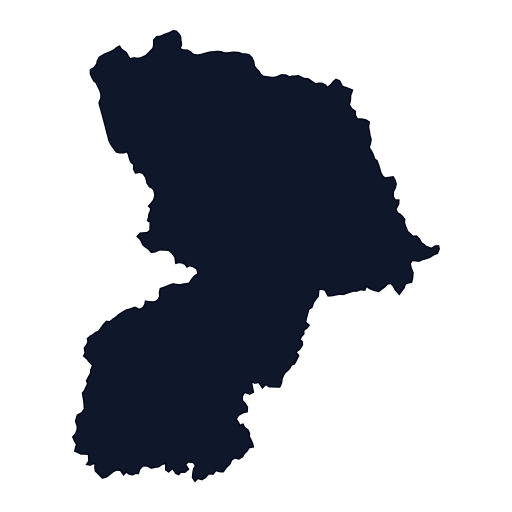 Ibiúna, São Paulo, Brazil
{"feature_id": "56859067B99377523473058", "entity_name": "Ibiúna", "entity_type": "district", "adm_level": 2, "iso_a3": "BRA", "parent_name": "Brazil", "parent_adm1": "São Paulo", "projection": "robinson", "projection_center": [-47.22, -23.81], "detail": "fine", "context": "isolated", "style": "filled", "palette": "ink", "viewbox_px": 512, "rotation_deg": 0, "n_neighbors": 0, "source": "geoboundaries", "source_scale": "gbopen_adm2", "svg_char_len": 5305}
<svg xmlns="http://www.w3.org/2000/svg" viewBox="0 0 512 512"><path d="M156.6,36.8L153.7,40.1L153.7,45.3L153.0,48.4L150.7,50.7L148.3,53.2L145.9,55.5L140.9,57.8L137.5,58.5L134.2,57.8L129.8,58.8L128.0,55.8L126.3,52.6L121.4,49.2L119.5,46.1L116.3,47.9L114.0,49.9L110.5,51.7L104.4,54.2L99.4,57.1L97.4,60.8L96.7,64.2L94.0,67.7L90.4,69.7L90.4,73.8L92.0,77.5L94.0,81.0L96.2,82.8L97.6,85.9L99.8,90.2L101.0,94.5L101.0,97.8L99.1,102.6L99.7,105.6L101.0,110.0L104.7,123.8L106.0,129.0L107.2,133.7L108.1,136.8L109.0,140.6L110.4,143.5L112.6,146.8L114.4,149.4L116.4,152.0L119.8,152.8L123.8,152.8L126.9,151.7L128.4,154.2L129.4,158.2L130.8,162.0L133.9,164.7L133.6,169.1L135.5,173.0L139.3,172.3L142.8,173.2L145.8,177.5L147.0,183.0L149.6,186.8L152.3,188.1L154.0,190.6L155.0,195.2L153.7,200.0L151.0,203.5L148.6,206.2L150.8,208.1L150.3,211.4L148.9,214.2L148.6,217.2L147.7,220.7L150.3,222.1L150.0,230.3L147.3,232.6L143.5,232.9L140.2,233.2L137.2,236.4L140.4,239.5L142.9,244.8L145.2,246.8L148.4,248.9L151.3,252.3L154.8,251.9L159.3,249.9L165.1,250.0L169.0,250.4L172.0,253.1L175.0,257.2L175.8,263.3L178.9,262.5L181.6,262.7L185.0,264.2L187.0,267.0L189.5,265.6L193.3,266.7L197.0,269.1L198.0,273.8L195.0,275.6L192.5,278.3L189.2,283.2L186.6,283.7L183.5,284.1L179.5,285.0L173.0,283.9L169.1,285.3L163.7,287.5L160.3,288.6L159.5,292.6L159.8,296.4L158.3,299.2L155.3,301.8L152.6,302.0L149.3,301.8L145.5,301.2L144.9,304.5L142.8,307.8L139.5,309.5L134.9,307.3L129.4,309.3L126.4,310.0L122.4,312.3L118.8,314.6L116.1,317.1L113.3,318.9L109.9,321.8L106.4,321.4L103.9,324.1L100.6,328.5L98.5,331.4L95.8,332.4L92.6,335.0L90.2,336.2L87.5,338.6L88.0,342.0L86.4,345.4L84.4,348.0L85.1,352.7L83.7,356.0L87.0,358.9L89.1,361.6L92.7,365.5L90.8,370.0L90.6,373.3L88.8,376.6L86.6,380.6L87.7,383.9L86.1,386.9L84.7,390.3L82.5,393.1L83.4,398.4L84.0,402.3L84.4,409.0L81.7,412.8L77.4,415.1L75.6,421.1L77.4,426.8L77.1,430.0L75.7,433.5L72.8,437.0L74.6,441.1L76.7,444.6L75.6,447.5L74.8,451.2L77.4,452.2L81.1,454.0L84.7,454.0L88.5,454.3L88.9,461.1L86.7,464.4L90.3,465.1L92.7,463.8L95.5,463.8L94.8,467.0L95.5,471.2L98.8,474.3L102.3,478.0L105.8,477.2L108.6,475.4L111.0,473.4L113.3,471.5L116.6,470.0L120.3,470.3L123.6,474.8L126.2,471.9L129.0,474.0L132.4,474.8L135.5,473.4L138.3,473.5L139.8,469.0L142.9,465.9L147.1,465.9L151.2,468.1L155.6,467.1L158.7,466.7L161.7,464.6L165.7,463.2L165.8,469.9L168.7,471.9L172.5,468.4L174.1,470.8L175.9,473.4L178.7,474.6L180.5,472.3L184.9,472.2L188.5,469.2L185.5,464.6L188.1,461.8L193.5,462.6L195.5,465.6L193.7,468.8L193.0,472.2L192.5,477.6L195.0,481.3L197.7,478.4L201.9,479.6L205.3,477.6L208.7,473.8L213.1,474.1L215.8,470.5L220.3,471.7L223.3,471.7L226.3,467.4L229.8,464.1L231.5,460.1L234.8,457.8L238.8,459.0L242.7,456.6L244.2,453.5L246.6,451.5L249.2,447.6L253.3,446.9L252.6,443.8L251.2,440.3L249.2,436.5L249.4,433.2L248.0,430.1L244.5,427.4L242.9,424.1L239.9,425.5L238.3,422.3L236.1,419.0L238.5,415.3L242.9,412.8L247.2,411.7L247.4,407.2L244.9,403.1L242.3,400.4L242.3,396.1L244.7,392.3L249.6,394.1L253.4,392.2L252.3,386.6L251.3,381.5L254.7,383.1L258.8,382.4L262.4,387.9L265.8,384.4L269.2,386.7L275.8,386.9L279.7,387.0L281.5,382.9L282.1,378.3L284.5,373.3L289.3,368.8L291.6,365.0L294.3,364.0L295.8,361.4L298.6,355.6L295.9,352.0L299.7,349.2L302.4,345.0L302.2,341.5L299.8,340.1L301.1,336.8L303.8,334.0L303.7,330.2L307.1,327.9L309.1,325.2L305.6,322.2L306.3,318.2L307.6,313.8L308.7,309.3L311.9,307.3L313.6,302.4L315.7,299.3L318.2,296.2L318.5,292.8L318.9,289.3L321.8,289.3L324.8,289.9L326.5,292.8L328.1,295.9L332.4,295.6L335.9,294.8L339.6,294.2L343.6,294.4L346.9,293.1L350.0,292.1L353.4,291.0L356.6,291.1L360.2,289.7L364.8,290.1L366.4,286.2L369.8,288.6L374.0,290.3L378.6,291.5L381.8,289.0L384.9,286.7L387.6,283.9L390.8,283.4L393.3,285.9L395.3,289.9L399.3,294.3L401.3,291.5L404.0,287.9L405.3,284.0L408.0,282.9L411.6,282.2L412.5,278.5L413.0,272.8L411.1,268.0L410.2,263.8L411.9,260.5L415.2,260.7L419.0,261.2L422.1,259.7L425.7,258.7L429.8,257.3L433.5,254.9L437.4,253.3L439.2,248.9L438.5,245.9L435.2,246.0L431.5,248.4L429.1,247.5L426.0,246.5L424.0,244.5L421.4,242.8L419.7,239.5L416.6,236.1L412.7,236.3L410.7,234.1L407.7,231.6L405.6,226.5L404.4,222.9L404.6,219.2L402.5,216.5L400.0,214.2L397.5,212.9L395.8,209.3L398.6,204.0L398.8,200.0L395.1,200.0L393.3,196.7L393.2,192.1L395.2,187.9L396.2,184.0L395.1,180.3L393.1,176.8L388.9,177.5L385.2,178.0L382.9,176.5L380.8,172.9L379.8,169.1L378.4,164.5L377.0,160.8L374.5,158.9L373.1,154.4L371.1,150.6L369.1,147.5L370.5,143.0L371.1,139.3L370.0,135.7L369.5,132.1L368.5,127.4L369.2,122.0L366.0,120.0L361.6,119.0L357.3,119.0L355.3,115.2L355.3,111.4L351.7,108.7L349.3,104.8L350.4,99.9L350.6,95.5L352.5,90.1L347.0,87.9L342.5,86.5L339.5,80.8L336.0,79.4L333.7,81.2L331.1,84.4L327.5,87.6L325.4,85.0L322.0,83.4L318.9,83.2L315.8,84.1L312.0,81.5L308.2,78.8L303.8,78.5L300.8,76.9L298.3,75.7L295.3,76.1L292.3,76.2L289.4,76.9L285.8,75.0L281.2,74.9L276.5,77.0L272.6,77.6L268.0,77.0L263.1,76.3L260.4,73.8L258.8,71.2L256.7,69.2L254.3,65.9L253.7,61.6L251.9,57.7L249.0,54.7L245.1,54.0L242.4,54.0L238.9,52.6L233.9,52.2L226.8,53.0L224.1,52.9L221.1,51.7L217.0,51.4L213.9,51.9L210.7,52.0L206.8,52.9L200.9,54.6L197.2,55.1L193.0,54.3L190.6,51.9L187.5,50.2L182.9,50.0L179.9,48.4L181.5,44.9L180.8,40.1L180.6,36.8L179.2,34.3L176.2,31.2L173.4,30.7L169.5,32.7L165.1,34.2L160.4,36.3L156.6,36.8Z" fill="#0f172a" stroke="#020617" stroke-width="1.5"/></svg>